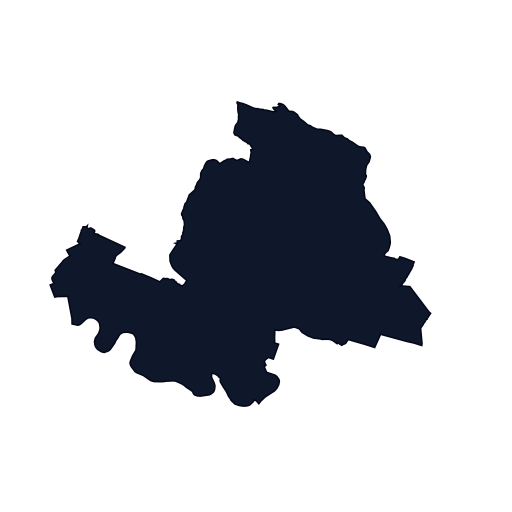 the district of Valea Vinului, Satu Mare, Romania, rotated 199°
{"feature_id": "2599482B77200705229767", "entity_name": "Valea Vinului", "entity_type": "district", "adm_level": 2, "iso_a3": "ROU", "parent_name": "Romania", "parent_adm1": "Satu Mare", "projection": "natural_earth1", "projection_center": [23.187, 47.68], "detail": "fine", "context": "isolated", "style": "filled", "palette": "ink", "viewbox_px": 512, "rotation_deg": 199, "n_neighbors": 0, "source": "geoboundaries", "source_scale": "gbopen_adm2", "svg_char_len": 6143}
<svg xmlns="http://www.w3.org/2000/svg" viewBox="0 0 512 512"><g transform="rotate(199 256 256)"><path d="M284.3,406.5L282.4,406.2L282.9,405.1L284.7,403.3L288.1,402.2L288.3,401.9L288.1,401.5L286.5,400.4L284.1,399.6L284.1,399.0L287.4,397.9L293.7,397.3L295.6,396.7L296.6,396.9L301.1,395.9L302.6,395.9L303.8,395.3L306.6,395.1L314.4,395.8L318.2,395.9L320.7,395.6L323.8,395.6L324.0,395.3L323.9,394.7L322.3,393.0L321.2,389.3L319.8,386.2L318.5,384.2L318.1,383.0L317.9,381.7L317.1,380.0L316.7,376.1L317.5,374.2L317.9,372.4L317.8,370.5L317.1,365.4L315.8,363.9L315.2,363.6L311.8,363.6L311.2,363.4L310.7,362.9L307.7,362.0L306.1,361.2L300.7,360.2L300.4,359.6L298.2,359.8L296.3,358.1L294.8,357.1L294.0,356.2L293.9,355.7L295.6,354.8L293.9,351.6L294.1,350.4L293.5,348.4L293.1,344.5L292.8,343.3L292.9,342.6L293.3,342.5L295.0,342.5L299.5,343.3L301.6,343.1L302.2,342.8L304.5,340.6L305.6,340.1L309.6,340.8L312.2,339.2L314.8,338.1L315.5,337.1L317.4,335.3L320.2,331.5L324.4,333.4L326.5,333.5L328.8,332.7L332.4,330.2L333.1,329.3L333.5,328.2L334.1,324.6L334.0,321.5L335.0,319.0L335.2,316.0L334.0,312.5L333.9,310.9L334.3,309.0L335.2,307.0L335.4,305.6L335.4,303.5L335.7,302.2L335.6,300.7L335.3,299.8L335.5,298.7L335.9,297.6L339.0,292.2L339.2,284.4L340.2,282.0L339.9,280.8L340.1,280.3L340.0,279.6L340.1,279.0L339.7,277.5L339.9,276.4L340.2,271.6L339.3,270.2L338.2,269.6L337.6,268.2L336.7,267.5L336.9,267.2L335.4,265.9L333.8,262.2L333.6,259.2L332.9,257.4L332.8,256.1L332.6,255.8L332.9,254.5L332.6,254.1L332.2,252.2L332.7,251.1L332.8,250.0L332.6,249.3L332.0,248.7L332.3,247.6L331.8,246.1L332.1,245.8L332.7,245.9L333.3,245.5L335.4,244.6L335.3,244.1L334.4,243.6L334.6,242.9L336.4,241.8L334.6,241.7L335.1,239.4L336.3,235.3L337.8,228.9L335.5,223.0L332.5,219.4L330.6,217.7L327.9,216.2L313.4,210.3L314.2,207.8L314.1,207.0L314.6,205.9L316.0,203.7L316.6,203.8L317.4,203.5L318.3,203.8L318.9,204.3L320.0,204.3L320.3,204.0L322.3,204.8L323.3,205.6L323.9,205.7L324.1,205.4L325.1,205.8L324.9,206.0L325.3,206.6L325.9,206.4L326.3,206.7L327.4,206.8L328.3,206.5L329.7,205.6L332.3,205.9L333.9,205.2L335.9,204.9L336.5,204.5L338.5,200.3L348.6,201.3L358.8,201.9L359.1,201.2L388.8,202.4L388.4,207.8L388.5,209.6L388.3,210.6L387.7,211.7L385.0,215.6L382.7,220.6L382.7,221.6L409.7,224.4L410.9,224.1L411.1,224.2L411.1,224.6L411.6,224.9L412.8,225.1L415.7,224.6L416.6,225.2L416.5,226.8L417.1,227.9L417.8,227.8L419.0,228.4L421.3,228.7L422.0,228.5L422.7,227.6L424.5,227.2L425.1,227.8L425.1,228.6L425.3,229.7L425.6,229.0L426.5,228.2L429.0,227.4L429.1,224.2L429.6,223.4L429.2,222.8L429.2,222.2L429.3,218.6L429.2,214.5L429.4,213.6L429.5,211.6L426.4,210.3L437.0,199.9L433.3,196.5L431.9,195.5L436.1,190.1L436.9,188.5L437.3,187.1L441.3,177.1L440.2,175.9L440.3,175.6L439.9,175.3L440.4,173.6L441.7,170.7L441.9,169.0L441.3,167.6L440.6,166.7L438.1,164.3L441.2,161.6L432.9,151.6L430.4,153.0L420.8,156.5L409.7,137.0L407.8,131.8L402.1,132.5L401.0,133.0L399.3,135.0L396.3,140.7L394.9,142.4L393.8,143.2L390.5,144.3L388.9,144.4L386.0,143.8L383.7,142.7L382.2,141.5L381.2,139.7L380.1,137.5L379.6,135.7L379.6,131.4L381.2,126.2L380.9,122.5L379.5,119.7L378.0,117.8L375.4,116.1L371.1,115.1L368.2,115.3L365.5,117.4L364.1,118.8L363.4,120.1L361.2,127.5L361.0,130.4L360.0,133.6L359.6,135.9L358.9,138.1L357.0,140.3L353.4,141.9L351.4,142.3L347.8,142.5L346.5,142.3L343.9,140.4L342.8,139.0L341.0,135.5L339.0,128.6L338.9,127.5L340.2,121.3L340.5,116.0L340.4,114.1L339.6,112.5L338.1,110.9L332.8,107.3L330.9,106.8L323.5,106.3L315.4,104.0L313.1,103.9L310.9,104.2L303.4,106.7L299.4,108.7L293.3,111.1L291.0,111.5L285.1,111.0L282.2,110.4L279.1,109.2L272.6,107.5L271.6,106.8L269.9,105.1L268.7,104.6L265.9,104.6L262.9,105.4L255.0,109.5L253.7,110.7L251.9,113.5L251.7,114.9L251.7,116.4L252.5,119.9L254.2,122.4L258.2,126.5L259.0,128.1L259.5,130.2L258.7,130.8L257.3,131.1L255.7,131.0L253.3,130.4L251.4,129.3L249.9,128.8L249.4,128.3L249.6,126.9L248.7,125.3L244.3,121.5L240.2,118.4L236.1,114.2L233.6,112.5L232.6,111.4L227.6,109.1L222.8,109.2L219.2,109.9L216.1,111.1L214.4,112.2L213.2,113.4L211.3,117.0L210.6,119.4L208.5,119.1L205.2,117.2L204.2,120.3L201.4,125.7L194.5,134.5L193.2,137.7L192.6,141.5L193.0,144.8L193.5,145.9L194.3,146.9L196.6,148.6L198.1,149.3L199.5,149.6L208.1,149.5L212.3,154.1L211.3,155.3L211.0,156.1L213.1,158.0L213.5,159.0L213.7,159.9L213.4,160.7L211.3,164.1L206.0,164.1L205.9,180.0L210.3,179.9L210.5,181.2L210.8,182.3L211.8,184.7L213.2,189.4L214.2,192.1L210.6,192.9L207.6,194.2L196.6,201.3L191.4,201.2L188.0,199.0L186.9,198.6L180.8,197.3L177.6,197.2L174.9,197.1L168.8,198.4L166.3,198.7L160.8,200.7L158.3,201.2L155.4,200.9L150.9,199.5L150.6,199.5L150.1,201.0L148.2,199.9L145.7,199.5L144.9,200.7L143.7,201.6L142.7,202.8L142.0,205.7L141.5,207.0L123.8,207.9L114.0,208.1L112.7,222.5L85.2,224.3L78.3,225.1L70.1,225.3L70.4,227.1L76.7,241.0L76.6,242.0L75.5,246.0L75.4,247.3L74.9,248.4L74.4,251.2L74.1,251.8L73.7,251.9L73.8,252.5L72.2,258.7L73.9,259.3L77.4,261.6L100.6,277.2L109.8,274.8L109.2,275.5L108.6,276.7L108.5,277.7L107.4,280.3L107.0,282.2L107.2,282.8L107.2,283.5L106.4,285.0L106.4,286.3L106.1,287.7L105.8,287.9L105.6,289.9L105.4,290.2L105.4,291.4L105.0,292.4L104.6,295.0L104.6,296.1L104.3,297.9L104.7,299.2L104.5,301.9L114.4,302.3L118.9,302.2L119.8,302.0L119.9,301.7L119.9,300.8L120.1,299.8L120.5,299.2L122.9,298.2L124.3,298.9L127.5,298.3L134.7,297.7L135.0,299.6L134.8,300.5L134.0,302.2L132.9,303.9L132.8,307.1L133.1,311.3L133.4,312.5L135.9,318.1L136.6,319.1L140.5,323.7L144.9,327.7L151.0,331.7L157.3,337.1L165.8,343.3L171.6,345.7L175.4,353.5L175.9,355.9L177.3,357.1L178.4,358.6L178.3,359.7L177.9,360.5L177.9,363.2L177.6,364.0L177.6,367.1L177.8,367.8L178.8,368.5L179.2,369.4L179.8,371.0L180.6,374.2L180.9,378.0L179.8,381.6L179.8,383.2L180.1,387.1L181.7,389.2L184.9,390.7L188.2,393.7L189.8,393.9L191.8,393.3L195.0,393.0L201.9,395.0L205.5,395.5L207.7,396.5L210.9,396.6L214.2,398.2L219.5,396.0L221.6,396.0L224.7,397.5L226.3,397.9L229.1,397.9L236.1,396.9L239.4,395.8L244.4,396.1L247.0,396.9L249.8,396.8L254.7,398.8L258.8,400.0L261.8,402.0L262.3,402.7L262.7,403.0L266.7,404.4L268.8,404.5L272.1,403.6L277.0,406.9L278.7,407.7L280.5,408.1L283.4,408.0L284.2,407.4L284.3,406.5Z" fill="#0f172a" stroke="#020617" stroke-width="1.5"/></g></svg>